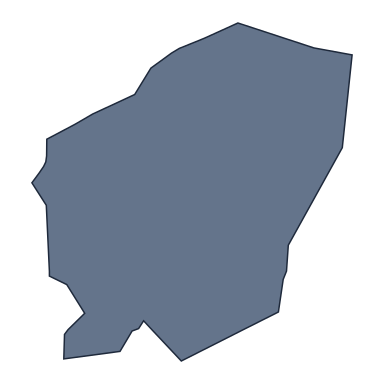 Marcelino Vieira, Rio Grande do Norte, Brazil
{"feature_id": "56859067B45059520856081", "entity_name": "Marcelino Vieira", "entity_type": "district", "adm_level": 2, "iso_a3": "BRA", "parent_name": "Brazil", "parent_adm1": "Rio Grande do Norte", "projection": "orthographic", "projection_center": [-38.185, -6.281], "detail": "fine", "context": "isolated", "style": "filled", "palette": "slate", "viewbox_px": 384, "rotation_deg": 0, "n_neighbors": 0, "source": "geoboundaries", "source_scale": "gbopen_adm2", "svg_char_len": 552}
<svg xmlns="http://www.w3.org/2000/svg" viewBox="0 0 384 384"><path d="M286.5,271.1L288.3,245.2L342.3,147.7L352.1,54.9L313.8,47.9L237.9,23.0L204.2,38.3L179.3,48.4L171.5,53.1L150.9,68.1L134.7,94.5L92.7,114.0L74.8,124.4L46.8,139.2L46.6,156.0L45.8,161.9L43.6,166.5L39.3,172.8L31.9,182.8L46.3,205.3L49.4,271.3L49.4,276.1L66.8,284.6L84.7,313.3L68.1,329.6L64.5,334.4L63.8,358.9L120.0,351.4L132.1,331.0L138.6,328.6L143.6,320.8L153.1,331.0L181.3,361.0L243.4,329.6L278.4,312.0L283.2,279.4L286.5,271.1Z" fill="#64748b" stroke="#1e293b" stroke-width="1.5"/></svg>